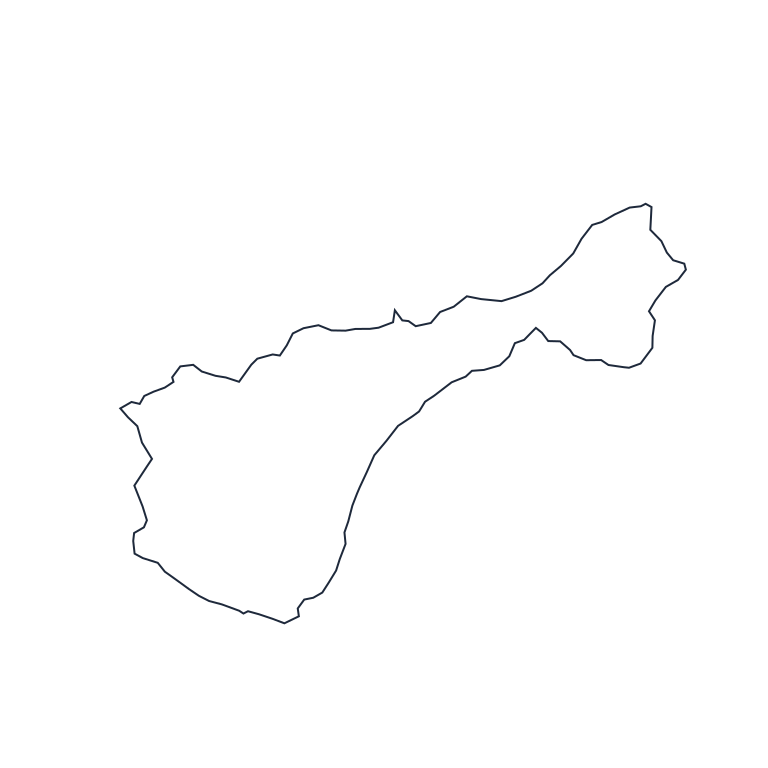 Agios Therapon, Limassol, Cyprus (orthographic projection), rotated 293°
{"feature_id": "46923920B43784935136584", "entity_name": "Agios Therapon", "entity_type": "district", "adm_level": 2, "iso_a3": "CYP", "parent_name": "Cyprus", "parent_adm1": "Limassol", "projection": "orthographic", "projection_center": [32.869, 34.783], "detail": "fine", "context": "isolated", "style": "outline", "palette": "slate", "viewbox_px": 768, "rotation_deg": 293, "n_neighbors": 0, "source": "geoboundaries", "source_scale": "gbopen_adm2", "svg_char_len": 1846}
<svg xmlns="http://www.w3.org/2000/svg" viewBox="0 0 768 768"><g transform="rotate(293 384 384)"><path d="M117.8,344.3L121.7,347.6L123.2,358.9L124.3,373.0L124.8,385.8L136.9,396.4L143.7,392.3L154.4,394.8L159.6,402.4L167.9,408.7L180.1,410.8L193.6,412.8L205.5,411.7L221.8,411.1L231.9,405.6L243.6,404.8L259.7,402.4L272.3,402.0L279.3,402.0L296.4,402.6L314.6,402.9L332.5,408.4L351.0,413.3L365.5,422.9L372.4,427.0L376.2,427.6L383.7,428.7L392.9,434.8L412.0,445.6L422.7,456.3L430.5,459.8L436.0,470.5L446.4,483.3L458.5,488.5L472.7,488.5L479.4,495.8L486.9,498.7L495.0,501.9L492.9,509.4L487.7,518.4L492.1,529.5L488.0,542.0L484.6,547.2L484.9,560.8L490.9,574.5L489.2,583.2L493.2,598.3L494.7,603.2L496.4,605.0L503.1,612.2L522.2,616.9L533.2,612.5L548.5,608.5L554.5,599.5L567.0,601.2L583.5,605.5L594.7,614.0L607.2,617.2L612.1,613.4L611.7,609.5L610.9,601.8L615.5,593.0L623.9,583.5L630.0,568.9L641.0,564.9L651.4,561.1L652.1,554.4L647.9,550.9L642.4,541.2L630.2,530.1L618.1,521.0L611.8,513.5L594.9,509.1L578.1,507.2L561.9,500.8L548.9,494.2L538.7,490.6L527.4,483.1L515.8,471.2L506.2,459.8L500.1,440.2L497.1,426.0L482.4,418.0L472.2,407.5L458.5,403.3L449.6,390.6L451.5,382.0L449.7,376.0L456.1,365.2L444.4,368.2L433.7,357.0L429.1,349.2L423.6,336.3L418.1,327.8L412.8,314.7L412.5,300.7L403.9,288.1L394.9,280.3L381.6,279.4L369.5,277.0L367.7,270.0L357.8,257.5L349.9,254.3L329.4,249.7L328.2,235.8L325.7,225.7L324.3,211.4L327.1,200.9L320.6,189.6L307.4,186.4L303.7,189.4L295.0,183.6L286.9,174.9L279.3,168.0L270.2,166.9L268.8,158.6L258.5,150.8L253.3,161.4L248.8,173.4L235.5,184.1L224.4,199.7L215.5,198.0L192.9,193.9L177.0,209.6L165.9,219.0L158.3,219.0L149.2,212.2L141.5,214.5L130.4,220.7L129.5,229.9L131.0,245.6L125.6,255.6L122.7,268.7L119.0,284.7L116.7,296.4L115.9,307.8L117.7,320.3L117.8,321.3L118.7,339.3L117.8,344.3Z" fill="none" stroke="#1e293b" stroke-width="2"/></g></svg>